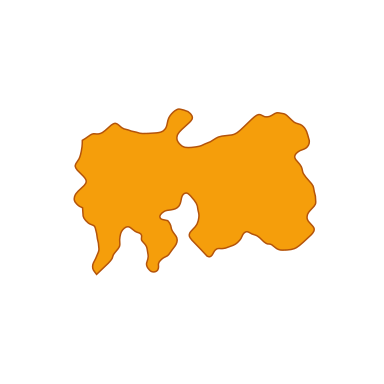 outline of Partido, Dajabón, Dominican Republic, rotated 227°
{"feature_id": "3306468B74633928052065", "entity_name": "Partido", "entity_type": "district", "adm_level": 2, "iso_a3": "DOM", "parent_name": "Dominican Republic", "parent_adm1": "Dajabón", "projection": "equal_earth", "projection_center": [-71.507, 19.499], "detail": "fine", "context": "isolated", "style": "filled", "palette": "amber", "viewbox_px": 384, "rotation_deg": 227, "n_neighbors": 0, "source": "geoboundaries", "source_scale": "gbopen_adm2", "svg_char_len": 4832}
<svg xmlns="http://www.w3.org/2000/svg" viewBox="0 0 384 384"><g transform="rotate(227 192 192)"><path d="M134.7,159.3L133.1,160.2L132.6,160.7L132.3,161.4L132.1,162.2L132.2,163.9L133.4,167.7L133.7,169.4L133.5,171.1L133.2,171.9L132.3,173.2L130.7,174.7L129.6,176.0L128.1,178.3L125.0,185.6L124.4,187.6L124.2,188.6L124.0,190.8L124.2,194.1L124.6,196.1L126.2,200.2L126.5,201.9L126.3,203.7L125.9,204.6L125.4,205.2L124.1,206.0L120.5,207.2L116.8,209.2L115.2,209.8L112.4,210.3L106.7,210.6L104.2,211.1L102.7,211.7L100.6,213.6L99.2,214.3L92.9,215.3L91.1,216.0L89.4,217.0L87.9,218.4L85.0,221.7L82.4,225.2L80.8,228.2L80.1,230.4L79.6,234.1L79.4,239.1L79.4,247.9L79.4,250.3L79.7,252.5L80.3,254.5L80.9,255.4L81.6,256.1L82.3,256.5L83.1,256.8L84.8,257.0L90.3,257.1L92.1,257.3L93.9,258.0L95.3,259.1L96.4,260.6L96.9,261.4L97.6,263.5L97.9,265.7L98.3,271.4L98.8,273.4L99.2,274.4L100.3,275.7L104.8,279.4L108.6,281.5L112.2,283.8L113.8,284.6L116.6,285.1L125.2,285.4L128.9,285.9L130.7,286.4L134.3,288.5L136.0,289.2L138.7,289.7L145.1,290.0L146.7,290.5L147.5,290.9L148.1,291.6L148.6,292.4L148.9,293.4L149.1,294.3L149.1,296.3L148.8,298.3L148.6,299.2L146.9,303.4L146.4,305.3L146.4,307.3L146.9,309.3L147.8,311.0L149.0,312.3L149.7,312.9L154.9,315.6L158.2,317.1L160.4,317.7L162.2,318.0L163.9,318.0L165.7,317.8L167.4,317.3L171.7,314.9L173.5,314.3L176.3,314.0L183.0,313.6L184.8,313.3L186.5,312.6L190.5,309.6L191.7,308.5L192.2,307.8L192.9,306.1L193.7,302.4L194.3,300.5L194.7,299.7L195.7,298.2L196.9,297.0L197.5,296.5L201.8,294.8L203.0,293.8L203.5,292.9L203.9,292.0L204.1,291.0L204.4,288.8L204.5,285.2L204.3,273.9L204.3,269.0L204.6,265.3L205.2,263.0L205.6,261.9L206.6,260.0L212.4,252.1L214.0,249.2L214.4,248.2L215.0,246.1L216.2,239.8L218.3,234.3L219.6,230.3L220.5,228.5L222.2,225.8L224.9,222.1L227.0,219.6L229.4,217.4L230.3,216.9L232.1,216.1L234.1,215.8L236.0,215.7L237.9,215.9L239.8,216.4L240.7,216.9L242.1,218.0L243.2,219.5L243.7,220.4L244.0,221.4L244.5,223.6L244.7,227.2L244.6,237.8L244.8,239.9L245.3,241.9L245.9,242.7L246.5,243.3L248.0,244.0L250.4,244.3L253.6,243.9L257.5,241.9L260.1,240.2L261.4,239.2L262.0,238.5L262.4,237.7L262.7,236.7L263.1,234.7L263.2,232.6L263.1,230.4L262.8,228.2L262.2,226.1L261.8,225.1L260.8,223.2L257.9,219.0L256.9,217.1L256.6,216.1L256.4,215.1L256.3,212.9L256.5,211.8L257.2,209.8L258.3,208.0L259.5,206.3L264.9,199.7L268.4,195.8L270.6,193.9L273.7,192.1L277.9,189.2L281.0,187.6L284.6,185.3L287.0,184.5L291.2,184.0L292.7,183.7L294.2,183.0L294.8,182.4L295.3,181.5L295.6,180.6L296.0,178.5L296.2,170.4L296.6,166.9L297.3,164.9L298.2,163.3L299.3,162.0L301.6,159.9L302.5,158.4L303.0,156.6L303.9,150.3L304.6,147.0L302.2,144.7L300.0,142.3L297.2,138.7L295.3,135.9L294.2,134.0L293.3,132.0L291.9,126.4L291.1,124.8L290.4,124.1L288.8,123.4L286.2,123.0L277.4,123.3L274.7,123.1L273.0,122.6L272.2,122.1L271.5,121.4L271.0,120.6L270.7,119.6L270.3,117.5L270.3,109.5L269.9,106.0L269.6,104.9L268.8,103.1L267.7,101.6L267.0,100.9L266.3,100.4L264.6,99.7L262.0,99.5L260.2,99.6L258.4,99.9L255.1,101.2L248.8,96.1L248.0,95.7L246.3,95.1L243.7,94.8L240.1,95.0L238.5,95.4L235.0,97.0L233.7,97.3L233.0,97.2L231.6,96.7L226.6,93.9L222.3,90.9L218.5,88.7L213.8,85.1L212.7,83.9L211.8,82.3L209.1,76.3L207.4,71.6L206.5,69.9L205.3,68.5L203.9,67.4L202.3,66.7L200.6,66.4L196.8,66.0L197.0,82.2L197.3,85.6L197.7,87.6L198.0,88.5L199.5,91.2L199.8,92.0L200.2,94.0L200.9,99.4L201.5,101.4L201.9,102.3L203.0,103.6L206.4,106.5L208.4,108.8L210.2,111.4L211.1,113.3L211.6,115.4L211.7,117.5L211.4,119.5L211.0,120.4L210.5,121.2L209.8,121.9L208.2,122.6L202.0,123.6L200.4,124.2L197.7,125.6L196.3,125.9L195.6,125.8L194.3,125.3L192.1,122.9L191.1,122.3L189.9,122.1L186.0,122.0L184.4,121.8L182.7,121.3L181.2,120.5L176.1,117.1L174.7,116.0L173.1,114.0L170.9,110.2L170.3,109.6L169.6,109.0L168.0,108.2L166.2,107.8L164.3,107.7L162.5,107.8L161.6,108.1L160.8,108.5L159.5,109.6L158.6,111.1L158.4,111.9L158.3,112.9L158.4,113.8L159.1,115.3L160.0,116.4L162.1,118.2L162.6,118.9L163.3,120.5L163.5,122.4L163.5,124.4L163.3,126.3L162.1,130.5L162.1,132.3L163.2,137.7L164.1,142.9L164.7,144.9L165.6,146.7L166.7,148.1L167.4,148.7L169.0,149.7L170.8,150.2L175.5,150.8L177.4,151.2L179.0,151.8L181.9,153.5L183.5,154.1L185.2,154.5L187.6,154.7L191.8,151.8L193.0,151.1L193.8,151.0L194.6,151.0L195.3,151.3L196.1,151.8L196.6,152.7L196.9,153.6L197.1,155.5L196.9,157.5L196.7,158.6L196.4,159.6L195.5,161.3L193.3,164.4L191.9,166.7L191.1,168.4L190.6,170.4L190.6,172.5L190.8,173.5L191.6,175.5L192.6,177.2L194.8,180.3L195.7,181.9L196.2,183.7L196.2,184.7L196.0,185.6L195.6,186.5L195.0,187.3L193.6,188.0L191.9,188.2L190.2,188.3L184.5,188.0L180.8,187.4L178.2,186.4L174.6,184.0L171.5,182.2L170.0,181.0L168.6,179.5L166.7,176.9L165.2,174.0L164.9,173.0L164.4,170.7L164.0,165.0L163.7,162.9L163.3,162.0L162.8,161.1L162.1,160.4L161.4,159.9L159.7,159.4L156.9,159.1L144.8,159.3L134.7,159.3Z" fill="#f59e0b" stroke="#b45309" stroke-width="1.5"/></g></svg>